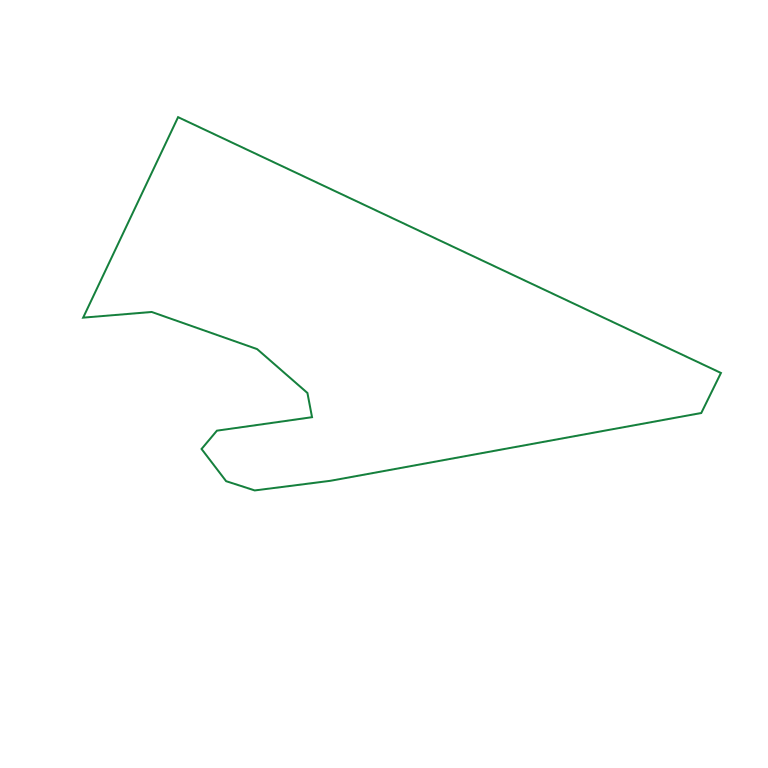 an SVG outline of Pointe Noire, rotated 295°
{"feature_id": "COG-5855", "entity_name": "Pointe Noire", "entity_type": "Region", "adm_level": 1, "iso_a3": "COG", "parent_name": "Republic of the Congo", "parent_adm1": "", "projection": "equal_earth", "projection_center": [11.852, -4.798], "detail": "fine", "context": "isolated", "style": "outline", "palette": "green", "viewbox_px": 768, "rotation_deg": 295, "n_neighbors": 0, "source": "natural_earth", "source_scale": "10m", "svg_char_len": 332}
<svg xmlns="http://www.w3.org/2000/svg" viewBox="0 0 768 768"><g transform="rotate(295 384 384)"><path d="M491.8,683.8L273.6,376.3L232.9,311.8L229.2,282.0L248.0,246.1L271.1,252.3L323.5,332.8L343.5,318.4L362.0,254.3L351.1,143.0L317.0,83.3L538.8,84.6L536.4,684.7L491.8,683.8Z" fill="none" stroke="#15803d" stroke-width="2"/></g></svg>